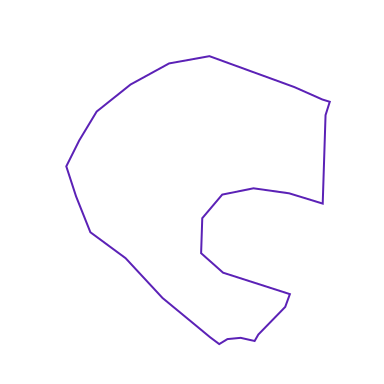 outline of Torbay, rotated 20°
{"feature_id": "GBR-2142", "entity_name": "Torbay", "entity_type": "Unitary Authority", "adm_level": 1, "iso_a3": "GBR", "parent_name": "United Kingdom", "parent_adm1": "", "projection": "natural_earth1", "projection_center": [-3.55, 50.443], "detail": "fine", "context": "isolated", "style": "outline", "palette": "violet", "viewbox_px": 384, "rotation_deg": 20, "n_neighbors": 0, "source": "natural_earth", "source_scale": "10m", "svg_char_len": 524}
<svg xmlns="http://www.w3.org/2000/svg" viewBox="0 0 384 384"><g transform="rotate(20 192 192)"><path d="M290.6,60.1L291.2,74.1L318.8,158.2L283.8,160.0L248.5,167.5L221.3,184.1L210.6,213.1L221.5,246.4L248.8,257.2L318.9,254.5L318.9,268.1L303.1,303.2L301.8,310.6L287.6,312.4L275.6,318.1L269.6,325.6L258.7,322.3L200.6,301.7L152.2,276.9L110.3,264.6L84.5,235.7L65.1,210.9L68.4,182.1L74.9,149.0L97.5,112.0L126.5,79.0L161.9,58.4L207.1,58.4L252.2,58.4L282.8,60.5L290.6,60.1Z" fill="none" stroke="#5b21b6" stroke-width="2"/></g></svg>